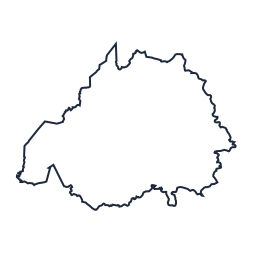 the district of Santiago Jocotepec, Oaxaca, Mexico, rotated 93°
{"feature_id": "50627088B21737017229754", "entity_name": "Santiago Jocotepec", "entity_type": "district", "adm_level": 2, "iso_a3": "MEX", "parent_name": "Mexico", "parent_adm1": "Oaxaca", "projection": "albers", "projection_center": [-95.984, 17.649], "detail": "fine", "context": "isolated", "style": "outline", "palette": "slate", "viewbox_px": 256, "rotation_deg": 93, "n_neighbors": 0, "source": "geoboundaries", "source_scale": "gbopen_adm2", "svg_char_len": 5758}
<svg xmlns="http://www.w3.org/2000/svg" viewBox="0 0 256 256"><g transform="rotate(93 128 128)"><path d="M50.9,115.2L52.0,117.1L52.3,118.6L51.9,119.8L49.9,123.0L50.7,123.9L51.3,123.7L51.7,124.0L52.0,124.6L52.9,124.6L53.6,126.1L53.6,126.6L53.8,126.8L55.4,126.6L58.0,127.4L59.1,129.0L60.9,130.2L61.4,130.2L62.5,129.5L63.3,129.5L63.8,130.0L64.9,130.6L65.5,131.4L66.5,132.1L67.5,134.3L67.7,135.2L67.4,137.4L68.5,137.5L69.0,137.8L70.0,139.2L69.9,139.6L69.6,140.5L69.2,140.8L68.3,140.9L67.0,141.5L66.5,142.3L65.6,142.9L64.3,142.8L63.9,143.1L62.5,143.5L61.7,143.0L44.6,144.5L56.4,152.8L58.7,153.2L62.1,153.3L65.6,158.2L66.4,159.6L70.8,159.9L71.7,161.2L72.4,161.8L73.8,162.7L79.3,168.7L88.0,168.0L88.8,168.3L89.6,169.8L89.6,171.1L90.1,172.0L89.9,172.8L90.4,175.9L90.9,176.3L90.9,176.6L91.9,177.2L94.0,177.5L94.5,178.0L95.9,177.5L96.6,178.5L97.3,178.2L98.7,178.2L99.1,177.9L99.9,178.0L100.2,178.3L100.6,178.4L101.1,178.2L101.6,178.5L103.3,177.1L103.8,177.0L107.9,177.4L107.7,177.7L107.6,179.5L108.8,180.9L109.5,181.2L109.9,181.7L110.0,182.8L110.2,183.1L110.2,184.0L110.7,183.7L110.9,184.2L112.0,184.9L113.3,186.1L112.6,186.7L111.4,187.2L110.9,188.0L111.4,188.4L112.8,188.7L113.5,189.2L113.8,189.6L113.6,190.7L113.7,191.0L115.0,191.1L115.4,191.9L116.1,191.9L117.4,192.7L118.4,193.0L119.1,193.8L119.4,193.9L119.7,193.3L120.7,192.8L122.7,192.3L123.9,193.1L125.3,193.4L127.4,199.2L125.8,211.3L133.3,217.2L146.0,226.3L147.3,226.8L149.6,229.1L151.5,230.4L160.9,230.3L162.3,230.2L162.4,229.6L163.5,229.5L165.1,230.2L166.3,230.2L167.5,229.6L171.8,230.7L172.2,230.1L172.4,230.0L172.6,230.3L175.3,230.8L176.4,230.6L177.0,231.9L177.0,232.5L178.9,232.9L178.3,233.5L179.0,233.6L179.1,233.9L178.4,234.3L178.5,235.2L178.8,235.4L179.6,234.2L180.7,233.7L182.0,234.0L181.2,236.3L182.9,236.4L183.7,235.3L184.9,234.1L185.0,233.3L186.3,232.9L186.0,231.8L186.7,231.1L187.6,231.9L187.6,230.8L186.8,228.8L187.5,226.9L188.5,225.1L188.0,223.2L188.3,222.1L188.2,220.7L189.9,218.7L189.2,218.2L189.1,217.6L187.9,214.8L186.6,208.9L185.7,206.7L172.3,203.8L172.0,205.1L168.7,200.6L189.4,188.9L190.1,186.0L190.0,185.1L188.1,182.1L189.1,181.1L190.0,180.7L191.2,182.2L191.7,182.1L193.2,181.0L193.8,181.0L194.7,182.4L195.5,182.6L196.1,182.0L197.6,181.1L197.9,180.5L196.8,178.8L197.4,176.2L198.1,175.3L198.5,175.2L198.5,174.7L197.9,173.7L198.1,172.7L199.3,171.7L201.9,170.2L202.5,169.9L204.0,169.9L204.7,166.3L206.6,164.1L206.8,163.4L207.4,162.8L207.9,161.9L209.8,159.7L211.3,157.0L211.1,156.3L211.4,155.7L210.3,154.4L208.0,153.0L207.4,152.3L206.7,150.3L206.1,149.6L205.3,149.2L204.8,148.5L204.8,148.0L205.3,147.2L206.1,146.7L206.1,144.1L206.7,142.9L207.1,142.4L207.0,142.1L206.2,141.5L206.6,140.3L205.4,139.6L206.0,134.6L205.5,134.1L205.9,132.9L207.0,132.5L206.4,130.4L204.8,128.3L204.5,127.2L205.7,124.5L205.0,123.3L203.5,122.9L202.4,122.8L201.5,121.3L198.4,120.5L197.7,119.2L197.8,118.7L198.4,118.6L198.8,118.0L198.6,117.2L198.2,116.8L197.8,116.8L197.1,116.1L196.0,115.9L196.3,115.4L196.6,115.1L196.4,114.2L196.8,114.0L196.9,113.4L196.6,112.3L196.1,111.5L194.3,110.0L191.6,109.1L190.4,107.0L190.1,103.6L187.4,101.1L186.1,100.7L184.6,101.5L183.7,101.0L183.9,98.8L184.2,97.6L185.4,98.6L185.6,99.3L186.4,99.4L187.5,98.3L187.1,93.3L186.2,93.2L186.3,92.8L187.4,92.2L186.6,91.2L186.4,91.2L186.7,90.9L187.2,90.9L188.6,91.7L189.0,91.6L189.6,90.9L190.3,89.4L189.8,87.9L189.8,86.5L191.9,86.4L196.7,83.5L197.8,83.6L200.3,84.3L201.9,83.9L202.6,83.4L203.0,82.4L203.1,81.9L202.8,79.7L203.4,78.2L203.3,77.4L202.9,76.7L201.0,76.1L198.3,76.3L196.6,77.0L195.0,77.1L193.5,77.9L192.4,78.1L191.7,80.7L190.9,81.1L190.3,80.8L189.5,79.8L189.4,77.0L189.1,76.6L187.3,76.0L185.6,75.9L184.9,75.3L184.3,73.3L184.2,72.3L184.6,69.6L185.8,65.1L187.5,62.6L186.5,60.4L186.5,59.6L187.3,58.2L188.2,57.2L189.9,56.0L190.6,55.2L190.6,54.7L190.2,54.1L190.0,52.8L190.4,52.1L191.5,51.0L191.7,49.8L189.3,51.7L188.5,51.9L186.8,51.7L183.7,48.9L183.0,47.6L183.0,46.4L182.4,44.1L181.9,43.2L179.8,41.8L179.4,38.9L177.7,35.9L174.3,38.0L171.9,40.2L171.1,40.4L169.8,40.2L167.8,39.5L167.0,39.0L166.0,37.5L165.3,37.7L164.5,37.7L164.0,37.1L163.4,34.8L162.7,33.2L162.2,33.0L161.8,33.2L161.6,34.5L161.3,34.7L160.2,33.4L158.8,33.6L157.8,34.4L157.4,36.3L157.6,37.2L157.0,37.2L155.4,36.0L153.6,36.6L153.2,37.3L152.9,37.4L152.3,37.2L150.6,36.0L149.9,36.0L149.4,36.5L149.1,37.4L148.1,38.2L148.5,39.8L148.0,40.3L147.2,40.0L146.5,38.5L146.1,34.5L144.8,30.6L145.2,28.4L146.0,26.2L145.3,25.4L142.7,24.3L141.7,22.8L141.6,20.3L141.1,19.7L140.6,19.6L140.3,19.6L139.1,20.7L139.0,22.6L138.7,22.7L138.0,22.3L136.6,21.2L136.6,22.4L136.0,22.8L136.2,25.0L135.6,25.3L135.0,26.2L134.5,26.3L134.4,26.0L134.9,25.8L134.4,25.4L131.8,25.1L128.6,26.8L127.8,27.6L125.2,29.4L124.6,29.3L124.0,29.9L123.3,30.1L122.6,31.3L121.9,33.9L122.3,34.4L122.5,35.5L121.4,36.4L120.4,36.9L119.6,36.5L117.6,36.7L117.3,37.5L117.7,39.2L117.8,40.1L117.7,40.7L117.1,41.6L116.6,41.8L115.6,41.5L114.6,40.0L113.6,39.3L112.7,39.2L112.7,39.5L112.3,39.5L112.5,40.1L112.2,40.6L111.7,43.1L111.1,43.8L110.6,44.1L109.7,44.2L108.4,43.1L106.4,42.2L104.0,42.5L103.4,43.0L102.6,42.6L101.2,42.5L100.1,43.3L98.8,45.4L97.0,46.5L95.6,46.8L94.7,47.3L92.7,46.6L91.9,46.7L91.5,46.9L90.9,47.7L91.0,49.9L90.4,50.8L89.1,52.3L85.3,55.0L83.4,55.2L82.4,55.0L79.9,54.3L77.2,52.8L76.7,53.0L76.5,53.4L76.4,54.9L76.6,55.5L75.6,57.2L75.0,59.6L74.1,60.5L73.0,60.6L71.7,61.2L70.7,61.9L69.9,62.8L69.6,64.4L69.8,67.3L69.1,66.9L67.5,69.6L67.2,70.7L67.8,73.8L67.3,74.2L64.8,74.7L62.9,75.3L60.8,74.6L58.2,74.1L56.8,74.3L56.3,75.3L55.6,75.9L54.6,76.6L54.0,76.7L52.8,77.4L52.0,77.6L52.2,78.0L51.6,78.3L51.6,82.5L51.7,83.3L52.3,84.6L54.6,85.9L56.3,87.2L59.0,90.2L59.7,91.9L60.2,92.4L59.6,93.6L59.4,94.8L59.9,97.8L59.7,98.5L58.6,98.7L57.4,103.6L57.3,105.3L56.5,107.5L55.9,113.4L50.9,115.2Z" fill="none" stroke="#1e293b" stroke-width="2"/></g></svg>